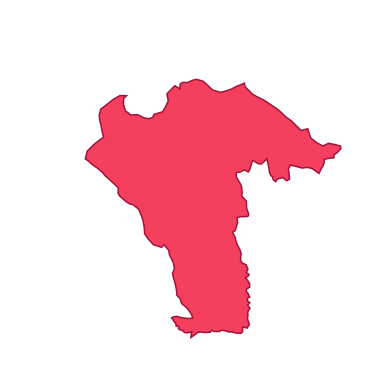 the district of Kritou Tera, Paphos, Cyprus, rotated 124°
{"feature_id": "46923920B75196261408005", "entity_name": "Kritou Tera", "entity_type": "district", "adm_level": 2, "iso_a3": "CYP", "parent_name": "Cyprus", "parent_adm1": "Paphos", "projection": "orthographic", "projection_center": [32.434, 34.957], "detail": "fine", "context": "isolated", "style": "filled", "palette": "rose", "viewbox_px": 384, "rotation_deg": 124, "n_neighbors": 0, "source": "geoboundaries", "source_scale": "gbopen_adm2", "svg_char_len": 2775}
<svg xmlns="http://www.w3.org/2000/svg" viewBox="0 0 384 384"><g transform="rotate(124 192 192)"><path d="M269.1,71.3L268.3,72.3L266.6,74.5L264.5,76.1L263.8,76.1L262.6,76.9L260.2,78.8L258.8,78.8L256.0,78.9L254.7,82.7L251.5,82.1L251.2,85.2L248.9,86.7L246.8,85.4L245.1,88.5L244.9,88.5L243.9,91.7L241.6,92.4L238.7,91.0L235.7,93.0L233.9,97.1L233.1,99.8L231.1,98.5L228.4,98.6L228.4,102.1L224.8,102.4L222.1,106.3L222.8,111.1L221.0,114.0L215.6,116.8L212.7,120.4L211.0,124.0L207.9,128.3L205.3,131.1L202.8,135.9L199.7,134.6L194.7,136.2L191.6,137.1L188.2,140.4L185.5,138.2L182.4,133.7L180.9,132.0L178.9,132.4L174.9,137.6L169.1,141.9L167.5,148.6L164.5,150.0L160.0,153.7L158.0,156.8L154.9,163.3L151.4,166.2L148.2,163.0L144.4,161.0L143.9,156.5L141.8,156.5L131.9,159.4L131.5,152.8L129.9,150.1L122.7,148.4L125.4,145.5L129.4,141.4L132.8,138.4L134.4,135.2L134.4,133.6L136.3,131.7L136.7,128.4L133.6,128.6L129.2,124.6L129.8,119.9L126.8,118.3L122.4,121.8L119.4,124.7L114.7,125.5L112.6,120.0L110.5,114.0L107.1,110.1L105.3,105.5L105.6,97.1L101.0,97.8L98.0,97.9L94.3,98.6L91.0,100.7L86.4,96.2L84.5,93.5L81.9,95.0L77.2,93.4L73.0,92.9L70.8,94.5L72.6,99.7L75.3,106.1L80.6,109.2L81.4,115.7L80.9,123.6L74.8,131.5L80.0,135.9L77.5,149.2L77.3,155.6L75.6,166.1L75.6,175.0L75.6,183.9L76.7,191.5L77.0,196.8L75.1,206.8L72.5,209.4L79.2,214.0L84.5,216.8L89.8,220.8L93.3,223.9L95.9,231.6L93.9,244.6L96.1,251.3L99.2,254.1L103.7,256.9L106.5,261.2L109.1,262.2L113.2,259.7L113.5,265.6L120.1,266.9L124.8,267.6L129.6,262.7L135.6,261.7L141.8,261.2L143.5,262.5L148.9,266.9L152.3,266.3L155.4,268.9L157.5,273.5L158.2,280.2L162.3,285.7L161.9,292.7L157.5,298.0L152.6,300.9L148.8,300.2L152.4,305.7L159.4,309.1L169.3,312.3L174.4,314.0L180.1,311.9L184.0,308.8L187.3,305.0L192.2,300.2L196.0,296.0L199.1,297.2L207.3,299.9L216.5,301.7L217.5,301.3L224.2,299.0L224.3,294.4L225.0,290.9L225.1,283.7L225.8,277.6L227.1,273.0L227.8,267.3L229.8,255.3L234.3,252.7L235.8,249.6L236.3,245.3L236.9,241.3L236.7,236.7L235.5,234.0L236.1,226.5L240.2,220.4L242.7,217.1L247.5,212.3L253.1,207.9L255.6,201.6L257.3,194.5L256.2,190.9L255.5,188.3L255.1,186.5L251.3,185.6L253.4,178.6L256.7,175.6L258.3,172.6L261.4,167.6L265.4,163.7L270.4,162.7L273.9,158.9L277.0,155.1L281.6,150.4L286.1,146.7L287.2,141.9L290.2,138.4L291.1,130.9L293.6,124.3L296.0,120.9L298.6,123.7L302.0,130.2L303.7,135.3L306.1,137.8L307.8,138.5L310.2,132.0L312.0,130.0L311.4,129.9L310.9,127.6L312.7,127.2L313.1,125.0L312.1,122.7L312.6,120.6L312.5,119.1L311.4,117.2L308.2,113.9L310.4,113.0L313.2,111.5L305.1,108.6L303.2,106.7L301.5,103.1L300.0,100.9L298.0,98.4L295.3,98.1L295.5,96.1L292.5,91.4L290.1,90.2L288.6,87.0L287.1,82.4L285.8,81.0L284.5,77.0L282.1,72.7L279.7,71.9L275.6,74.4L273.8,70.0L272.3,70.6L270.0,70.0L269.1,71.3Z" fill="#f43f5e" stroke="#9f1239" stroke-width="1.5"/></g></svg>